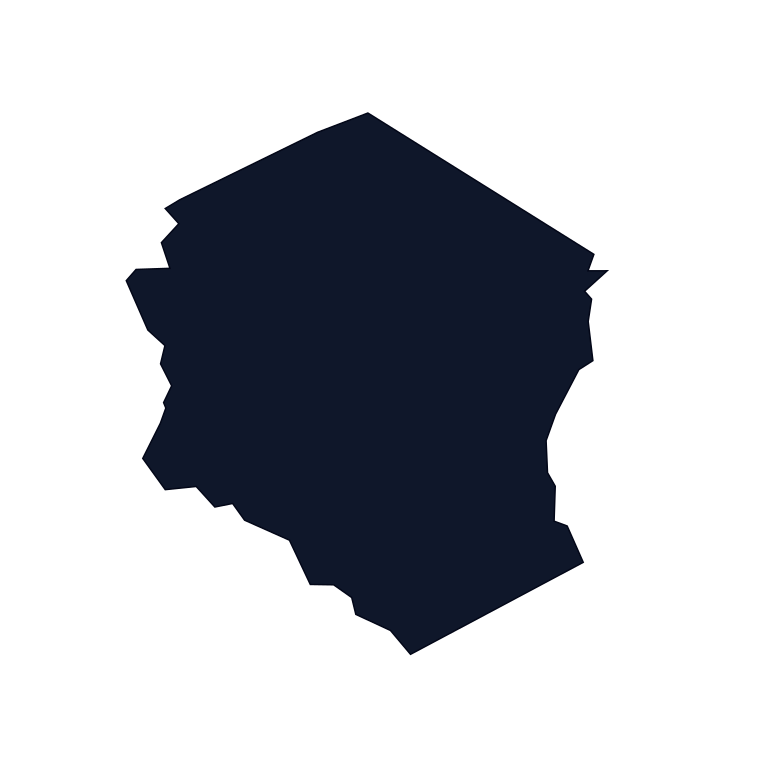 Dinwiddie, Virginia, United States of America (Natural Earth projection), rotated 245°
{"feature_id": "52423323B1471868518532", "entity_name": "Dinwiddie", "entity_type": "district", "adm_level": 2, "iso_a3": "USA", "parent_name": "United States of America", "parent_adm1": "Virginia", "projection": "natural_earth1", "projection_center": [-77.642, 37.072], "detail": "fine", "context": "isolated", "style": "filled", "palette": "ink", "viewbox_px": 768, "rotation_deg": 245, "n_neighbors": 0, "source": "geoboundaries", "source_scale": "gbopen_adm2", "svg_char_len": 711}
<svg xmlns="http://www.w3.org/2000/svg" viewBox="0 0 768 768"><g transform="rotate(245 384 384)"><path d="M586.6,194.1L532.7,192.8L511.4,201.7L496.7,190.0L472.1,190.8L460.3,176.4L454.4,176.1L443.0,164.8L418.5,133.9L380.7,141.1L370.5,170.5L344.0,178.7L339.7,196.3L319.5,200.1L282.4,232.3L233.5,232.5L223.3,253.5L204.1,264.5L187.1,261.1L157.9,285.7L127.8,293.8L138.2,489.2L177.9,490.0L187.8,480.2L219.0,496.0L234.5,494.7L264.2,507.0L284.1,526.7L314.7,566.7L316.9,583.2L354.4,595.5L373.2,608.0L383.3,605.0L392.3,634.1L400.4,616.7L412.8,629.0L636.4,483.9L640.2,430.1L637.3,276.9L635.5,259.9L616.0,265.8L606.2,242.0L579.3,238.9L592.6,207.7L586.6,194.1Z" fill="#0f172a" stroke="#020617" stroke-width="1.5"/></g></svg>